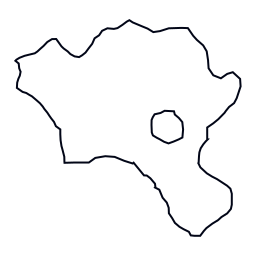 outline of Khojaly District, Xocalı, Azerbaijan
{"feature_id": "54616110B87325868620163", "entity_name": "Khojaly District", "entity_type": "district", "adm_level": 2, "iso_a3": "AZE", "parent_name": "Azerbaijan", "parent_adm1": "Xocalı", "projection": "robinson", "projection_center": [46.732, 39.84], "detail": "fine", "context": "isolated", "style": "outline", "palette": "ink", "viewbox_px": 256, "rotation_deg": 0, "n_neighbors": 0, "source": "geoboundaries", "source_scale": "gbopen_adm2", "svg_char_len": 2102}
<svg xmlns="http://www.w3.org/2000/svg" viewBox="0 0 256 256"><path d="M155.0,187.5L159.3,189.7L162.6,197.7L166.8,202.6L168.7,207.8L168.9,213.3L172.2,218.2L174.9,222.9L178.9,226.3L179.3,226.7L183.6,229.2L188.9,231.8L190.8,235.4L194.5,235.8L200.2,235.8L203.8,231.0L206.4,228.1L212.4,223.6L218.1,220.1L221.5,217.0L227.2,213.4L230.9,208.9L231.8,204.7L231.8,198.4L231.8,193.7L230.4,188.7L227.1,185.7L217.0,179.1L212.1,176.6L206.8,173.3L200.4,167.4L198.4,163.3L198.6,163.2L199.0,156.1L199.4,152.3L200.7,148.3L203.3,144.3L205.8,141.3L207.8,139.3L207.2,139.2L207.2,132.7L207.2,127.5L213.3,123.3L218.3,119.2L223.5,113.9L224.5,112.9L225.8,111.0L229.1,106.9L234.1,103.1L236.7,98.2L240.6,86.4L240.1,78.9L232.8,72.2L227.2,73.9L220.9,78.3L213.3,75.3L208.6,68.3L208.1,61.2L208.1,60.6L206.7,51.3L203.2,45.4L196.9,39.9L193.2,35.8L187.9,28.1L181.4,27.9L168.8,28.3L160.0,31.1L153.3,32.1L147.6,28.6L142.2,26.4L132.7,22.4L129.4,20.2L126.8,21.6L122.4,24.9L117.5,28.1L113.9,28.9L107.4,28.3L102.1,30.8L99.1,35.3L94.6,38.3L92.2,43.8L88.6,48.4L85.5,52.6L82.1,55.3L79.1,57.1L74.6,56.4L70.4,54.1L67.7,51.4L63.7,48.5L61.5,46.4L58.5,42.2L56.2,39.0L52.0,39.1L47.3,42.0L43.5,46.0L40.3,48.8L37.4,51.5L34.8,53.3L29.8,54.5L24.6,55.8L19.5,57.8L16.4,59.7L15.4,60.8L18.7,63.5L19.2,68.3L20.1,70.6L20.6,71.7L19.8,75.7L18.4,78.7L17.2,82.6L16.9,87.9L19.6,89.8L22.6,91.9L26.3,93.0L29.2,94.8L31.9,96.3L36.6,100.3L39.9,103.2L42.8,106.6L44.3,108.9L47.3,112.6L49.4,115.8L51.3,118.5L54.0,121.9L55.9,126.2L60.3,129.4L60.3,134.3L60.6,140.3L61.5,146.2L61.7,146.8L62.6,150.1L64.3,156.8L64.4,161.6L64.5,162.8L75.6,162.5L88.9,162.5L95.3,157.9L105.3,156.2L114.7,156.9L124.2,160.8L132.7,163.5L133.6,162.7L144.0,175.4L146.7,175.5L147.3,175.9L150.4,178.3L153.2,181.6L155.0,183.7L155.4,187.0L155.0,187.5ZM180.0,119.3L182.3,122.1L182.6,125.0L183.1,129.5L182.4,137.5L178.7,139.4L173.5,141.6L168.5,143.4L164.1,141.8L160.3,139.6L160.0,139.4L156.7,137.7L152.9,135.4L151.8,132.5L151.5,125.0L151.6,120.0L152.8,117.2L154.6,114.3L160.4,113.0L160.7,112.9L164.6,110.8L174.0,111.3L174.8,114.5L178.8,117.9L180.0,119.3Z" fill="none" stroke="#020617" stroke-width="2"/></svg>